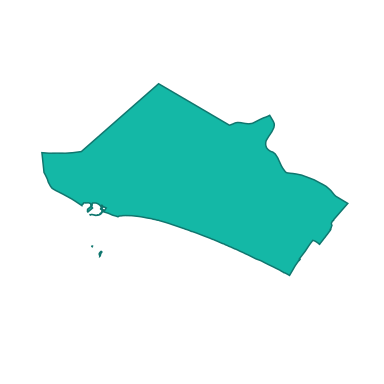 the district of Singhanakhon, Songkhla, Thailand, rotated 140°
{"feature_id": "78962969B74412362981694", "entity_name": "Singhanakhon", "entity_type": "district", "adm_level": 2, "iso_a3": "THA", "parent_name": "Thailand", "parent_adm1": "Songkhla", "projection": "mercator", "projection_center": [100.522, 7.273], "detail": "fine", "context": "isolated", "style": "filled", "palette": "teal", "viewbox_px": 384, "rotation_deg": 140, "n_neighbors": 0, "source": "geoboundaries", "source_scale": "gbopen_adm2", "svg_char_len": 5529}
<svg xmlns="http://www.w3.org/2000/svg" viewBox="0 0 384 384"><g transform="rotate(140 192 192)"><path d="M148.0,296.4L250.8,294.1L258.0,298.7L263.8,302.9L270.5,308.6L276.7,313.7L281.7,318.6L292.8,302.1L293.4,299.2L294.5,294.9L295.8,291.8L296.7,287.3L296.8,284.7L296.4,283.5L295.5,280.9L292.2,273.2L288.5,263.7L287.5,260.5L285.1,252.3L283.9,253.1L283.7,252.9L283.0,252.8L282.9,252.8L282.8,253.0L282.5,253.2L281.6,253.2L281.1,252.5L280.9,252.4L280.7,252.1L280.4,252.1L279.7,251.3L279.3,251.1L279.0,250.8L278.8,250.7L278.6,250.6L278.3,250.3L277.9,249.8L277.6,249.2L277.3,248.7L277.2,248.1L277.3,247.9L278.6,246.0L278.8,245.9L283.1,245.9L284.6,244.3L284.7,243.9L284.3,243.8L284.3,243.6L278.7,243.6L278.7,243.8L278.4,243.9L278.4,245.4L277.9,245.5L277.6,245.6L277.2,245.9L275.8,247.3L275.7,247.4L275.3,247.5L275.2,247.4L274.9,247.1L274.1,246.6L273.2,245.8L272.8,245.4L272.3,244.8L272.1,244.4L271.6,243.3L271.4,242.7L271.3,242.3L271.1,241.4L271.1,240.5L271.1,240.0L271.1,239.4L271.1,239.2L270.8,239.0L270.7,239.0L270.5,239.3L270.4,239.4L270.4,239.5L270.4,239.8L270.3,240.0L270.1,240.1L269.8,240.0L269.6,239.9L269.4,239.5L269.4,238.9L269.5,238.7L270.1,238.8L270.3,238.8L270.4,238.7L270.9,238.7L271.0,238.6L271.1,238.4L271.3,238.4L271.5,238.3L272.1,238.3L272.4,238.0L272.6,237.9L272.8,237.9L273.0,237.6L272.9,237.4L272.8,237.2L272.6,236.7L272.5,236.4L272.2,236.4L271.8,236.3L271.7,236.5L271.7,237.1L271.5,237.3L269.4,237.9L269.1,237.4L269.2,237.0L269.1,236.9L268.8,236.8L268.3,235.6L268.4,235.3L268.3,235.2L268.1,235.1L268.0,234.9L271.2,233.9L271.4,234.1L271.9,234.6L272.0,234.8L272.0,235.1L271.8,235.2L271.7,235.2L271.4,235.0L271.2,235.1L271.4,235.4L271.6,235.5L272.2,235.3L272.3,235.3L272.7,235.5L272.9,235.5L273.1,235.5L273.3,235.2L273.7,234.9L274.1,234.6L274.5,234.5L274.8,234.4L275.0,234.4L275.9,234.6L276.3,234.5L277.3,234.3L277.6,234.3L278.2,234.4L278.8,234.8L278.9,235.1L279.0,235.2L279.2,235.3L279.8,235.4L280.6,236.0L280.9,236.4L282.9,238.9L283.4,239.4L283.9,239.7L284.5,239.9L284.6,240.0L284.7,239.7L284.3,239.6L283.8,239.4L283.3,239.1L282.8,238.6L281.8,237.2L281.0,236.1L280.0,235.3L278.5,234.4L278.1,234.2L276.6,233.8L276.3,233.8L275.9,233.8L274.9,233.9L273.2,234.4L272.9,234.2L272.6,233.8L271.4,232.0L269.8,229.5L268.8,227.5L268.0,225.8L267.4,224.8L265.7,222.4L264.7,220.7L264.4,220.5L263.3,220.4L262.9,220.2L261.0,218.8L260.0,218.3L259.4,217.7L258.4,217.0L253.4,212.6L249.1,208.1L247.0,205.8L245.1,203.5L243.2,201.1L240.4,197.9L239.9,197.2L239.4,196.3L238.5,195.2L238.1,194.9L236.9,193.0L236.3,192.3L235.9,192.0L235.1,190.6L234.4,189.6L232.6,186.9L231.4,185.1L229.5,182.1L228.5,180.4L227.9,179.4L225.7,175.8L223.0,171.3L222.5,170.5L222.1,169.8L221.5,169.0L221.3,168.7L221.2,168.2L221.1,167.9L220.9,167.7L220.2,166.7L219.0,164.7L218.3,163.3L217.9,162.3L217.1,161.4L214.8,157.5L211.0,150.5L207.9,145.0L207.2,143.5L206.6,142.4L206.1,141.7L205.8,141.2L205.5,140.4L204.6,138.7L204.0,137.5L202.4,134.2L201.8,133.0L201.5,132.5L200.9,131.7L200.3,130.0L199.7,129.0L199.4,128.5L199.1,127.8L198.8,127.0L198.4,126.2L197.7,125.1L196.8,123.1L196.3,122.0L195.8,120.9L195.2,120.1L194.4,118.4L193.3,115.8L191.6,112.4L191.1,111.1L190.3,109.4L189.7,108.3L186.5,100.8L186.1,99.8L184.0,96.2L183.2,94.7L181.6,90.7L180.8,88.9L180.4,87.9L177.7,82.0L176.7,79.6L175.0,75.8L174.9,75.4L174.6,74.5L174.4,73.7L174.0,72.9L173.8,72.4L173.6,71.3L173.3,71.0L172.6,69.8L171.3,66.5L170.9,65.4L167.5,66.6L165.8,67.2L163.3,68.1L161.8,68.7L161.4,68.8L160.0,69.3L155.1,70.6L154.7,70.8L154.0,71.0L153.8,70.6L152.4,71.0L152.6,71.8L143.2,73.9L136.9,75.8L133.8,76.6L130.5,77.3L130.4,77.1L130.3,76.8L129.8,76.3L129.6,75.9L129.2,74.9L128.7,73.5L128.5,72.5L127.9,70.8L127.9,70.7L128.1,70.6L127.9,69.9L126.9,70.2L121.6,71.3L121.1,71.5L119.6,71.7L117.2,72.3L115.1,72.7L114.9,72.8L113.5,73.1L113.2,73.2L112.7,73.3L112.3,73.4L111.9,73.5L111.4,73.6L110.9,73.7L110.5,73.8L110.3,74.1L109.8,74.2L109.9,74.6L109.6,74.6L109.2,74.7L108.9,74.9L108.7,75.0L108.3,75.2L108.0,75.5L107.8,75.6L107.3,75.9L106.2,76.5L106.0,77.2L105.8,77.9L105.6,78.1L105.0,78.7L104.7,78.8L104.1,79.0L103.0,79.5L102.8,79.6L102.3,79.3L102.1,79.2L101.7,79.3L101.2,79.7L101.1,79.8L100.9,79.8L80.0,83.1L84.6,96.4L84.8,98.5L84.7,103.8L85.0,106.2L85.6,110.0L86.4,112.3L90.6,122.8L97.1,134.4L100.5,138.7L102.8,141.3L104.6,143.1L106.8,145.5L107.3,146.4L107.5,147.6L107.4,149.2L107.3,150.4L107.2,151.9L106.7,154.7L104.8,161.6L104.5,162.5L104.3,163.6L103.9,166.8L103.8,167.7L103.9,168.1L104.3,170.2L104.8,171.3L105.4,172.1L105.7,172.8L106.3,174.8L106.4,175.3L106.5,177.2L106.4,178.0L106.3,178.3L105.8,179.7L105.1,180.9L104.9,181.2L103.4,182.8L102.4,183.5L102.1,183.7L97.8,185.2L92.2,186.8L88.8,188.3L87.9,188.7L86.6,189.8L86.3,190.0L85.6,190.8L85.2,191.4L85.0,191.8L84.5,193.3L84.2,194.6L83.2,200.8L85.3,201.3L87.2,201.9L89.8,202.9L93.5,203.9L97.0,204.7L100.5,205.5L101.8,205.9L103.2,206.8L104.8,207.8L107.1,210.2L108.4,211.7L110.2,213.9L112.3,215.9L113.3,216.5L114.4,217.1L115.7,217.5L116.8,217.8L117.9,218.2L119.2,218.6L120.4,219.1L148.0,296.4ZM303.8,202.0L303.2,202.1L302.8,202.5L302.3,202.8L302.0,203.1L301.5,203.4L301.2,203.6L300.9,203.6L300.0,203.8L299.7,203.9L299.5,204.3L299.6,204.7L299.7,204.8L299.9,205.0L300.1,205.0L300.4,204.9L301.0,204.9L301.3,204.9L301.6,204.8L301.9,204.7L302.1,204.7L302.7,204.4L302.9,204.2L303.3,203.6L303.5,202.9L303.6,202.7L303.9,202.1L304.0,202.0L303.8,202.0ZM303.6,214.9L303.7,214.6L303.6,214.4L303.6,214.1L303.1,213.8L303.3,213.9L303.3,214.0L303.2,214.2L303.0,214.5L303.3,214.6L303.4,214.8L303.5,214.9L303.6,214.9Z" fill="#14b8a6" stroke="#0f766e" stroke-width="1.5"/></g></svg>